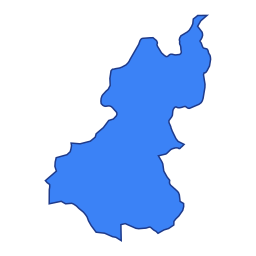 Wangdi Phodrang, Albers equal-area conic projection
{"feature_id": "BTN-2487", "entity_name": "Wangdi Phodrang", "entity_type": "District", "adm_level": 1, "iso_a3": "BTN", "parent_name": "Bhutan", "parent_adm1": "", "projection": "albers", "projection_center": [90.204, 27.588], "detail": "fine", "context": "isolated", "style": "filled", "palette": "blue", "viewbox_px": 256, "rotation_deg": 0, "n_neighbors": 0, "source": "natural_earth", "source_scale": "10m", "svg_char_len": 2953}
<svg xmlns="http://www.w3.org/2000/svg" viewBox="0 0 256 256"><path d="M138.7,228.7L135.9,228.3L125.2,223.6L120.9,224.6L121.2,240.6L115.9,237.3L112.6,236.7L104.6,233.2L96.1,232.2L91.2,225.6L88.5,220.8L87.5,218.0L87.0,216.8L85.5,214.6L83.4,212.1L79.0,208.5L76.5,206.0L73.5,204.0L71.7,203.3L65.6,203.8L61.2,201.3L49.2,203.8L49.3,189.7L49.7,187.1L49.7,184.7L49.3,184.2L48.7,183.8L47.1,182.6L45.4,180.6L56.4,171.1L54.9,166.4L55.2,162.0L56.2,157.7L67.0,154.7L70.2,151.7L71.0,148.8L71.4,146.4L71.5,145.3L71.1,143.1L71.3,143.1L79.9,143.8L80.1,143.8L90.3,141.2L95.2,137.2L96.2,133.7L103.4,127.6L108.7,120.5L113.4,119.0L116.3,115.9L116.9,114.5L116.8,112.8L116.1,111.7L114.5,110.0L112.8,108.0L111.3,106.6L109.8,106.0L108.4,105.9L105.7,106.3L104.3,106.1L102.8,105.3L101.2,103.6L100.9,101.3L101.1,98.7L101.6,97.0L102.1,95.7L102.9,94.6L106.1,91.1L108.2,89.3L110.2,85.4L109.9,78.4L111.0,70.9L111.6,70.1L112.5,69.2L113.4,69.2L114.4,69.0L115.4,68.7L119.6,68.0L121.9,67.1L126.0,64.9L127.9,63.0L129.2,61.2L130.0,59.5L138.7,44.4L140.1,40.5L141.0,39.2L142.0,38.5L143.0,38.3L149.7,37.8L153.0,37.7L156.5,40.6L157.1,41.9L157.4,43.0L157.2,43.7L157.0,44.3L157.0,44.9L157.5,46.3L161.5,52.9L164.3,55.4L166.1,56.6L167.3,56.5L168.3,55.8L169.5,54.7L170.7,54.2L172.0,54.2L174.9,54.9L176.1,54.9L177.4,54.7L179.6,54.5L180.7,53.6L181.3,52.4L181.2,51.1L180.9,49.6L180.8,47.4L180.6,46.3L180.3,45.2L179.7,44.1L179.6,43.0L179.7,41.2L179.3,39.9L179.7,38.0L180.9,35.8L187.4,31.9L189.3,30.2L191.5,26.7L192.8,23.8L193.3,19.0L196.4,16.6L197.7,15.5L207.0,15.4L200.8,20.8L197.6,26.3L202.1,32.2L202.5,33.8L202.6,35.4L202.0,37.5L201.4,38.7L200.9,39.6L200.4,40.2L200.1,40.6L200.0,41.1L200.2,41.7L200.9,42.5L201.4,43.5L202.0,45.3L202.6,46.8L203.1,47.7L203.6,48.1L206.0,48.7L206.7,48.9L207.3,49.3L207.9,50.3L208.2,51.3L208.6,53.0L209.1,53.9L209.7,54.8L210.1,55.7L210.4,57.0L210.6,59.3L209.5,66.0L207.2,70.5L206.0,72.2L204.9,72.9L204.2,72.8L203.7,74.0L203.5,74.9L205.0,84.2L204.9,87.5L203.1,98.3L202.3,100.8L201.2,102.6L199.0,104.3L189.6,108.3L188.6,108.3L187.6,108.0L185.5,106.5L184.4,106.5L183.3,106.8L181.9,107.3L180.1,107.7L178.9,107.8L178.2,107.7L177.4,107.6L176.7,107.2L176.0,106.9L175.2,107.1L174.5,107.6L173.7,108.7L173.2,109.6L172.8,111.1L172.4,115.3L171.7,116.8L169.0,120.5L168.9,122.1L169.3,123.4L170.2,125.3L170.6,126.3L170.9,127.2L171.0,127.9L171.8,129.9L172.2,131.0L175.9,138.6L178.1,141.4L184.1,144.4L181.9,146.6L181.0,147.3L180.3,148.1L179.8,148.5L179.1,148.6L178.0,148.0L176.8,147.8L175.3,147.9L172.5,148.7L170.7,149.6L167.1,153.1L165.9,154.0L158.4,155.8L162.1,162.2L162.8,164.0L163.8,171.1L167.1,177.0L169.7,180.3L169.5,181.1L169.6,182.1L169.4,182.8L169.8,183.9L170.6,185.2L176.9,190.8L178.4,192.5L179.3,194.8L180.1,201.4L183.6,203.5L183.7,206.6L182.7,210.4L178.8,216.0L175.8,218.9L173.9,221.4L173.8,225.0L168.6,228.5L164.0,229.9L158.0,233.3L156.0,231.3L153.8,230.1L150.8,227.5L150.0,227.1L149.0,227.2L146.0,228.1L138.7,228.7Z" fill="#3b82f6" stroke="#1e3a8a" stroke-width="1.5"/></svg>